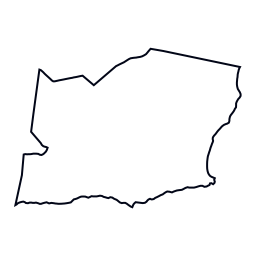 outline of Santa Cruz Cabrália, Bahia, Brazil
{"feature_id": "56859067B8048153730728", "entity_name": "Santa Cruz Cabrália", "entity_type": "district", "adm_level": 2, "iso_a3": "BRA", "parent_name": "Brazil", "parent_adm1": "Bahia", "projection": "albers", "projection_center": [-39.188, -16.225], "detail": "fine", "context": "isolated", "style": "outline", "palette": "ink", "viewbox_px": 256, "rotation_deg": 0, "n_neighbors": 0, "source": "geoboundaries", "source_scale": "gbopen_adm2", "svg_char_len": 3160}
<svg xmlns="http://www.w3.org/2000/svg" viewBox="0 0 256 256"><path d="M39.4,69.6L33.4,113.9L31.1,131.8L40.8,143.1L41.8,144.9L43.3,146.2L44.7,146.7L46.1,147.0L47.6,147.7L46.9,149.8L45.9,151.6L44.7,152.8L43.8,153.7L42.6,154.5L41.4,155.0L39.7,154.7L38.4,153.9L36.5,153.7L34.9,153.7L33.2,153.7L31.1,154.1L29.8,154.2L28.5,154.2L27.1,154.3L25.2,154.1L23.7,154.5L21.9,175.2L15.4,205.1L16.5,204.5L17.9,203.2L19.8,202.4L21.6,201.9L23.3,201.6L24.7,202.1L25.9,203.0L28.0,203.2L29.6,202.6L31.3,202.6L32.9,202.9L34.2,202.9L36.0,202.6L38.1,203.2L39.8,203.9L41.2,203.8L42.6,203.3L44.4,202.8L46.6,202.3L49.1,203.4L51.3,202.9L53.8,203.2L55.4,203.5L56.8,203.6L58.3,203.8L59.7,203.8L61.9,203.7L64.5,203.5L66.7,203.2L69.0,202.8L70.8,202.4L72.3,200.9L73.8,199.4L75.8,198.9L77.2,198.4L78.6,197.7L79.8,197.1L81.2,196.6L83.3,196.5L85.3,196.6L86.9,197.2L88.3,197.7L89.9,197.0L91.5,196.2L93.2,196.4L95.3,196.4L96.7,196.4L98.2,196.1L100.0,195.7L102.0,196.0L103.7,196.9L105.4,197.3L107.0,197.8L108.4,198.1L110.3,197.2L112.4,197.6L113.8,198.6L115.1,199.2L116.6,199.8L118.0,200.9L119.8,202.4L121.7,203.1L123.2,202.9L125.3,202.9L126.8,203.7L128.2,204.8L129.6,205.8L130.8,206.6L132.3,207.2L133.4,204.5L134.2,203.5L135.6,202.2L142.8,203.1L144.9,202.8L146.5,201.7L147.3,200.6L148.5,199.5L150.0,198.8L151.4,199.4L152.8,199.3L154.1,198.8L155.2,197.9L156.8,197.2L158.8,196.2L160.8,195.1L162.7,194.4L164.4,193.1L165.6,192.3L167.2,191.5L169.3,191.7L172.0,192.4L173.4,191.7L175.0,191.1L176.8,190.5L178.7,190.2L180.4,190.0L181.9,189.8L183.3,189.1L185.5,187.9L187.6,187.2L189.2,187.6L190.8,187.6L192.4,187.6L194.0,187.6L196.1,187.1L198.6,186.3L200.5,185.8L202.4,185.8L204.4,186.8L206.6,186.5L207.8,185.8L209.5,185.0L210.0,183.4L211.4,183.2L213.1,184.2L214.4,183.0L214.8,181.7L214.2,179.8L214.8,178.2L213.6,177.7L211.7,176.9L210.3,176.1L209.3,175.0L208.3,173.4L207.6,171.2L207.2,168.8L207.1,166.7L207.1,163.9L207.2,161.4L207.4,159.7L207.6,158.0L207.9,156.2L208.4,154.7L208.8,153.4L209.2,152.1L209.8,150.5L210.2,149.0L210.6,147.6L211.3,145.8L212.0,143.8L212.7,142.2L213.1,140.9L212.7,139.0L212.9,137.4L214.0,135.7L215.5,134.1L216.6,132.6L217.4,131.5L218.5,130.2L219.5,129.2L220.4,128.2L221.4,127.0L222.4,126.0L224.1,124.8L226.0,124.0L227.3,123.6L228.9,122.6L229.4,120.8L229.4,119.2L229.7,117.7L230.1,116.3L231.0,114.8L231.9,113.7L232.8,112.5L233.6,111.4L234.3,110.2L234.8,109.0L236.0,107.3L236.1,105.5L236.1,103.4L236.8,101.5L238.2,99.1L239.7,97.5L240.6,95.9L240.6,94.1L239.9,92.3L238.9,90.7L237.8,88.9L237.2,86.6L236.9,84.5L236.9,82.4L237.1,80.1L237.2,78.8L237.5,77.2L237.6,75.9L237.7,74.5L238.0,73.0L238.4,71.5L238.7,70.0L239.3,68.3L240.0,67.0L163.3,51.0L150.6,48.8L148.5,51.2L147.3,52.7L146.0,54.2L144.0,55.4L142.2,56.3L140.2,56.9L137.6,57.3L136.1,57.6L134.8,57.7L133.0,57.9L130.6,58.3L128.9,59.1L127.3,60.1L125.6,61.2L123.9,62.3L122.2,63.1L120.3,64.0L118.9,64.7L117.6,65.4L116.1,66.1L93.8,85.2L82.6,75.7L80.8,76.0L79.4,76.3L77.2,76.8L75.7,77.1L73.8,77.4L72.3,77.8L69.9,78.2L66.4,78.9L63.5,79.5L60.9,80.0L59.7,80.2L57.6,80.7L56.2,81.0L54.9,81.3L53.2,81.3L51.9,80.5L50.6,79.2L48.2,77.0L46.2,75.2L44.6,73.7L43.4,72.4L42.2,71.3L40.8,70.1L39.4,69.6Z" fill="none" stroke="#020617" stroke-width="2"/></svg>